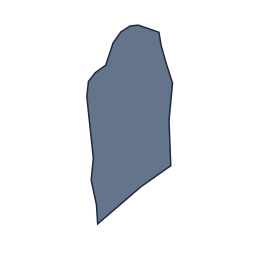 map outline of Ribeira Grande (Mercator projection), rotated 290°
{"feature_id": "CPV-5061", "entity_name": "Ribeira Grande", "entity_type": "state/province", "adm_level": 1, "iso_a3": "CPV", "parent_name": "Cabo Verde", "parent_adm1": "", "projection": "mercator", "projection_center": [-25.115, 17.141], "detail": "fine", "context": "isolated", "style": "filled", "palette": "slate", "viewbox_px": 256, "rotation_deg": 290, "n_neighbors": 0, "source": "natural_earth", "source_scale": "10m", "svg_char_len": 398}
<svg xmlns="http://www.w3.org/2000/svg" viewBox="0 0 256 256"><g transform="rotate(290 128 128)"><path d="M27.5,132.3L44.9,124.7L66.5,111.2L87.7,105.8L143.5,78.5L158.2,74.9L168.8,78.3L179.4,85.6L202.8,84.9L216.0,88.5L224.6,95.1L228.2,102.6L228.5,124.4L217.2,130.7L202.6,141.2L185.4,154.5L149.0,164.0L107.2,181.1L77.2,160.2L27.5,132.3Z" fill="#64748b" stroke="#1e293b" stroke-width="1.5"/></g></svg>